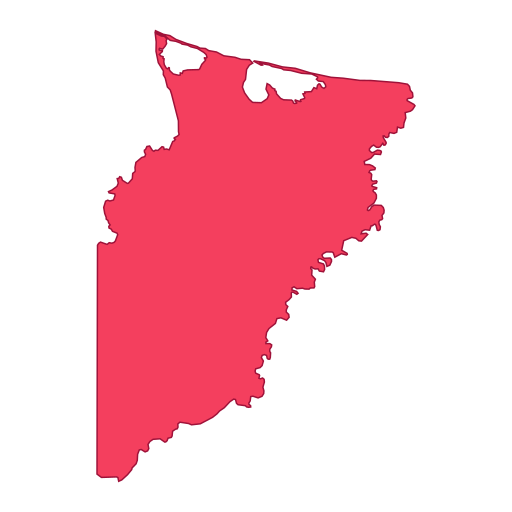 the district of Brus Laguna, Gracias a Dios, Honduras
{"feature_id": "27666195B63914214220022", "entity_name": "Brus Laguna", "entity_type": "district", "adm_level": 2, "iso_a3": "HND", "parent_name": "Honduras", "parent_adm1": "Gracias a Dios", "projection": "albers", "projection_center": [-84.625, 15.441], "detail": "fine", "context": "isolated", "style": "filled", "palette": "rose", "viewbox_px": 512, "rotation_deg": 0, "n_neighbors": 0, "source": "geoboundaries", "source_scale": "gbopen_adm2", "svg_char_len": 5981}
<svg xmlns="http://www.w3.org/2000/svg" viewBox="0 0 512 512"><path d="M97.5,245.2L97.0,474.1L101.4,477.4L116.5,476.9L117.9,477.5L118.7,481.3L121.8,479.9L127.5,474.7L131.7,469.6L132.1,467.9L136.1,463.8L137.3,460.3L137.6,454.3L139.3,449.9L141.2,449.5L145.1,451.9L147.6,450.9L148.8,448.6L148.0,444.4L149.9,441.5L153.1,439.3L160.1,438.8L164.8,442.1L165.8,441.9L167.1,440.7L168.0,438.2L171.3,437.4L172.1,436.0L172.6,431.2L175.5,429.2L177.2,428.8L178.0,427.1L177.8,424.0L179.9,422.2L188.6,423.5L191.5,424.8L200.3,423.8L212.6,417.3L217.0,413.8L219.5,411.0L224.3,407.7L229.9,401.7L233.7,399.1L235.5,399.5L236.5,403.3L238.0,404.7L245.4,405.7L246.6,406.9L248.5,407.3L250.7,407.0L250.6,405.7L248.9,404.2L248.9,403.0L250.2,400.9L250.7,396.6L252.9,396.2L258.1,397.9L262.0,396.3L263.7,393.6L263.9,390.9L262.9,387.2L264.4,382.0L264.1,379.3L262.6,378.0L260.3,378.8L258.9,378.2L259.6,375.5L259.2,374.7L255.7,373.2L255.1,371.1L255.7,368.8L260.1,367.6L262.1,365.6L263.4,361.0L261.4,357.7L262.1,355.4L264.3,354.6L266.6,355.4L267.2,358.3L268.2,359.2L269.7,359.2L270.3,357.6L270.6,352.8L269.7,351.3L269.8,349.2L271.4,346.8L271.7,344.9L269.8,343.6L265.9,343.6L265.9,342.1L267.8,340.9L265.8,337.6L266.6,332.4L269.0,328.5L275.4,323.4L276.9,318.6L280.9,317.8L286.6,320.2L289.1,317.3L288.7,314.4L286.3,312.1L286.3,309.8L287.8,306.5L285.8,304.6L285.6,302.3L289.1,299.6L291.4,297.0L291.3,293.0L291.9,292.2L293.1,292.2L296.8,294.3L298.1,293.3L296.6,291.4L291.9,289.9L292.1,287.8L294.0,286.8L296.9,288.7L302.5,288.2L304.9,289.0L309.1,289.1L310.3,288.0L314.0,287.9L314.7,286.6L314.3,282.1L315.4,279.2L311.7,275.2L312.0,270.0L310.7,268.5L310.8,267.1L311.6,266.9L312.8,268.1L315.1,269.0L318.0,268.8L319.4,271.1L323.5,271.8L324.6,269.5L324.4,265.8L323.4,263.9L318.5,262.4L317.9,259.7L318.9,258.7L320.4,258.7L324.5,260.6L325.9,262.5L326.9,266.4L329.8,265.2L331.5,261.5L331.5,259.6L330.3,258.0L324.3,258.3L322.8,257.2L322.0,255.0L323.3,253.5L326.4,251.9L332.0,252.0L333.2,252.6L334.8,257.2L341.3,253.7L346.4,255.0L347.3,254.4L347.1,253.4L341.7,250.2L343.7,240.7L351.8,237.4L355.9,238.3L358.8,240.8L361.5,241.1L367.7,234.5L366.1,233.2L361.1,233.8L362.0,231.1L365.1,229.7L369.6,230.2L371.1,225.8L372.2,225.8L374.5,224.2L375.5,224.4L376.1,225.7L377.3,230.3L378.5,230.5L380.0,229.7L380.4,226.8L379.2,224.5L378.8,221.8L379.9,220.1L381.7,219.7L382.6,218.7L382.0,215.4L383.9,212.9L384.1,210.2L383.3,207.5L381.3,205.4L374.0,205.1L371.8,206.7L369.7,210.0L368.2,210.6L367.4,210.0L368.0,207.5L373.9,203.0L376.4,198.3L376.4,195.0L375.2,192.9L373.2,191.4L373.0,190.4L373.8,189.3L376.5,188.9L376.7,187.7L372.2,186.4L371.8,185.6L372.8,184.1L376.4,183.1L377.0,181.5L376.4,180.8L372.9,181.2L371.6,180.4L371.2,179.1L371.7,174.6L370.7,173.1L369.0,172.5L369.7,170.8L370.7,170.2L374.9,169.6L375.3,168.0L372.6,165.9L369.5,164.6L364.8,164.5L364.2,161.4L370.8,158.2L374.5,154.1L380.5,154.5L381.4,152.0L381.0,151.0L379.7,150.4L377.4,150.1L373.3,152.4L371.7,152.6L369.4,150.5L369.4,148.9L371.5,146.4L373.7,145.1L376.4,147.2L378.5,147.4L380.1,146.8L382.8,143.3L383.9,145.2L385.1,145.0L386.1,143.5L386.1,142.3L383.3,137.7L383.1,136.0L384.1,135.8L385.5,137.3L387.4,137.5L388.8,136.3L388.9,134.0L389.7,132.5L394.0,133.4L396.7,132.3L397.5,127.1L400.8,128.2L403.5,127.4L404.0,123.0L405.8,118.0L405.2,112.6L410.4,111.2L412.5,109.7L415.0,105.8L413.9,104.4L407.1,100.6L407.1,99.4L408.0,98.5L411.3,98.1L412.5,97.5L412.9,96.5L412.5,92.9L410.3,90.2L409.5,86.4L407.5,84.2L398.7,82.7L370.9,80.5L359.9,80.4L343.3,78.2L331.1,77.3L310.1,72.8L295.3,68.3L282.5,66.9L268.4,63.1L254.3,60.9L253.9,61.3L261.1,65.2L262.2,65.1L260.5,63.4L269.4,65.0L272.1,66.5L281.5,68.5L283.7,69.8L290.7,70.5L301.7,73.3L311.7,74.0L317.5,76.8L317.7,77.8L316.4,79.2L318.3,81.0L323.3,81.6L325.4,84.7L325.8,86.8L324.0,88.4L321.7,87.1L319.9,84.1L319.0,83.8L317.5,85.2L316.7,88.7L313.9,87.6L311.4,91.6L304.7,92.0L305.0,93.4L302.9,93.9L304.7,97.5L304.5,98.5L300.6,99.7L300.3,100.7L300.8,101.4L300.2,101.6L295.3,100.0L295.0,100.9L296.6,102.4L296.6,103.2L294.6,103.5L293.5,103.1L292.7,101.0L291.5,100.1L283.6,99.8L280.6,98.4L276.5,93.8L276.1,91.3L274.8,90.6L274.9,89.1L272.4,88.1L269.7,85.0L267.1,83.6L266.0,89.1L268.8,94.9L267.2,98.7L261.4,102.7L252.6,102.4L249.1,99.2L244.6,92.9L242.4,87.1L243.5,82.4L245.5,79.4L246.6,69.4L249.3,65.2L252.7,63.1L249.5,59.7L241.1,59.3L235.0,57.3L223.8,55.8L216.5,52.0L208.7,50.6L205.4,48.5L200.0,48.1L197.0,46.5L186.5,43.4L175.9,39.4L169.9,35.6L163.4,34.3L155.5,30.7L155.2,32.1L165.3,36.2L170.2,40.4L175.8,41.3L180.9,43.2L182.0,44.1L187.6,45.1L190.8,46.8L197.4,48.5L203.8,52.4L206.2,54.6L207.0,57.2L206.4,58.0L204.5,57.8L204.5,58.8L205.6,59.6L205.4,60.4L201.8,64.3L199.7,68.9L198.8,69.6L187.6,69.9L183.2,70.9L182.3,73.4L180.3,72.9L180.2,75.0L178.8,75.3L173.3,74.0L170.3,71.2L169.4,69.9L169.3,67.8L168.7,67.6L167.6,68.8L166.4,68.3L164.3,64.7L163.8,61.7L164.1,58.8L163.1,58.5L163.1,56.7L160.7,55.9L159.3,54.4L162.3,51.6L162.4,50.7L159.3,50.1L159.1,49.1L159.6,48.3L162.7,49.1L165.1,46.2L166.6,43.6L166.1,40.6L167.0,39.1L164.4,36.3L161.5,36.1L155.2,33.2L156.2,41.9L156.0,51.3L158.3,62.7L163.4,70.9L163.3,74.7L165.2,78.0L167.4,87.0L170.2,89.9L171.6,94.2L178.4,120.8L178.5,131.8L179.1,134.5L177.5,136.1L174.2,137.8L174.2,138.6L175.4,139.3L174.2,140.9L172.7,141.5L169.2,149.8L166.5,149.0L164.2,149.4L163.6,147.1L162.0,146.7L158.0,150.4L155.3,150.2L153.9,151.3L152.4,150.4L149.6,146.0L146.9,146.5L145.6,149.4L144.4,150.2L144.4,151.9L145.6,154.3L144.8,156.6L141.7,157.5L135.9,162.4L135.0,167.4L135.2,170.7L135.0,171.6L132.7,173.4L132.3,178.8L128.4,183.2L127.3,183.4L122.4,180.3L121.4,177.3L119.7,176.7L118.7,178.4L117.2,178.6L118.3,183.1L117.0,186.3L112.0,190.0L108.5,191.6L109.1,192.9L114.7,193.9L115.1,195.4L113.5,200.0L109.9,201.0L107.7,200.2L105.6,201.2L103.7,207.4L104.7,213.4L106.2,217.4L106.2,219.1L108.0,220.5L108.6,222.8L110.1,224.9L108.8,226.3L109.0,228.0L111.3,229.2L112.5,231.3L117.1,233.2L117.7,234.7L115.4,240.9L114.2,242.3L111.9,243.2L109.2,242.7L107.1,244.4L100.5,242.1L98.7,243.3L97.5,245.2Z" fill="#f43f5e" stroke="#9f1239" stroke-width="1.5"/></svg>